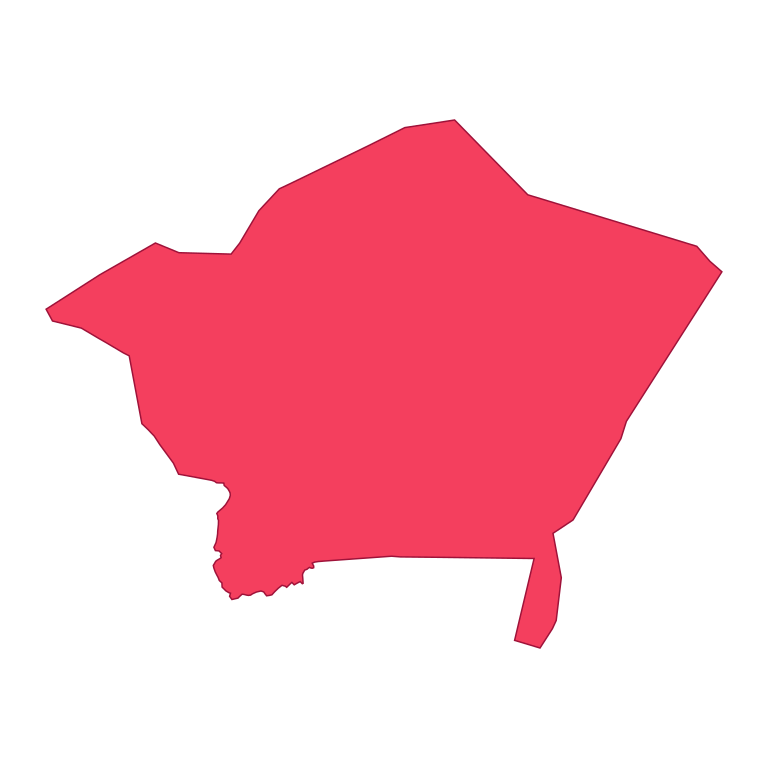 the district of San Miguel Ahuehuetitlán, Oaxaca, Mexico
{"feature_id": "50627088B72603284023159", "entity_name": "San Miguel Ahuehuetitlán", "entity_type": "district", "adm_level": 2, "iso_a3": "MEX", "parent_name": "Mexico", "parent_adm1": "Oaxaca", "projection": "albers", "projection_center": [-98.356, 17.679], "detail": "fine", "context": "isolated", "style": "filled", "palette": "rose", "viewbox_px": 768, "rotation_deg": 0, "n_neighbors": 0, "source": "geoboundaries", "source_scale": "gbopen_adm2", "svg_char_len": 1843}
<svg xmlns="http://www.w3.org/2000/svg" viewBox="0 0 768 768"><path d="M454.6,120.0L404.8,127.6L366.4,146.7L289.5,184.0L279.3,188.8L258.9,210.7L239.7,243.1L231.1,254.1L178.9,252.7L155.4,243.0L99.9,274.7L46.1,309.2L52.5,321.0L81.3,328.1L98.9,338.5L104.5,341.7L123.4,352.9L128.8,355.6L129.2,355.8L141.9,423.7L148.2,429.7L151.2,432.9L154.2,436.0L159.8,444.6L173.4,463.1L178.6,474.2L206.3,479.3L211.6,480.3L214.6,481.3L216.4,482.7L217.1,482.8L218.8,482.9L221.4,482.9L223.8,483.1L224.2,485.5L225.7,486.7L227.7,488.5L229.3,491.2L230.1,492.9L230.3,495.4L229.3,498.7L225.6,504.7L222.6,508.0L218.0,511.9L216.8,513.5L217.8,515.8L217.8,518.7L218.5,520.4L218.4,524.6L217.7,531.2L217.6,533.8L217.1,537.4L216.1,542.4L213.9,547.3L215.4,550.6L219.0,550.9L221.7,553.6L220.5,555.4L221.1,557.7L219.6,558.8L217.3,560.1L215.7,561.3L214.3,563.8L213.3,565.4L213.8,567.8L215.2,571.8L216.8,575.0L218.0,577.2L218.5,578.4L219.3,580.5L221.9,582.9L222.1,587.1L225.9,590.9L228.9,592.7L230.5,593.2L229.6,596.3L231.9,599.5L238.0,598.1L239.4,596.6L242.1,594.2L243.9,594.4L246.6,595.1L248.4,595.4L250.6,595.1L252.5,593.8L256.5,592.0L261.0,591.0L263.7,591.9L265.0,593.8L265.9,594.9L266.6,595.8L269.4,595.4L271.9,594.8L274.6,591.8L278.3,588.2L282.0,585.3L285.3,586.2L286.7,587.3L290.5,583.6L291.9,582.4L294.2,584.8L297.4,583.0L300.2,581.6L302.3,583.7L303.1,583.3L302.8,578.5L302.5,575.0L302.8,573.5L304.7,570.1L307.1,569.2L308.2,568.2L309.4,567.4L311.1,568.1L312.5,568.2L313.7,567.7L313.7,566.0L312.7,564.2L312.2,563.2L314.6,562.1L318.5,561.5L321.4,561.3L323.3,561.1L391.8,556.2L392.7,556.3L400.4,556.9L438.6,557.3L510.8,558.2L534.1,558.5L518.5,623.9L514.6,640.4L540.0,648.0L552.4,628.7L556.2,620.5L561.3,577.7L553.0,533.3L573.1,519.9L620.9,438.7L626.4,421.3L721.9,271.8L709.9,261.3L696.8,246.3L527.8,194.8L454.6,120.0Z" fill="#f43f5e" stroke="#9f1239" stroke-width="1.5"/></svg>